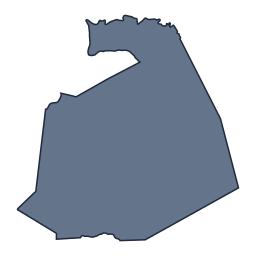 outline of San Francisco de Yojoa, Cortés, Honduras
{"feature_id": "27666195B57789341600381", "entity_name": "San Francisco de Yojoa", "entity_type": "district", "adm_level": 2, "iso_a3": "HND", "parent_name": "Honduras", "parent_adm1": "Cortés", "projection": "natural_earth1", "projection_center": [-87.991, 15.032], "detail": "fine", "context": "isolated", "style": "filled", "palette": "slate", "viewbox_px": 256, "rotation_deg": 0, "n_neighbors": 0, "source": "geoboundaries", "source_scale": "gbopen_adm2", "svg_char_len": 5200}
<svg xmlns="http://www.w3.org/2000/svg" viewBox="0 0 256 256"><path d="M60.9,93.2L61.0,93.5L61.1,94.0L61.1,94.5L61.1,94.9L61.1,95.3L61.0,95.7L60.8,96.6L60.6,97.1L60.4,97.6L59.5,99.3L58.6,100.9L58.3,101.3L58.0,101.7L57.7,102.0L57.3,102.2L56.8,102.4L56.4,102.5L54.9,102.7L52.4,103.0L51.8,103.1L51.3,103.3L51.0,103.4L50.6,103.6L50.2,103.9L49.9,104.1L49.6,104.4L49.4,104.8L48.8,105.8L47.9,107.6L47.5,108.3L47.3,108.6L46.9,109.0L46.6,109.1L46.1,109.2L45.6,109.2L35.8,191.5L33.4,193.6L17.7,208.7L17.5,209.7L56.4,233.3L56.4,239.2L80.5,237.7L81.3,236.2L81.8,235.9L82.6,235.7L83.4,235.8L84.1,236.0L85.0,236.3L86.7,236.2L88.6,236.4L91.2,237.0L92.3,237.1L93.5,237.0L94.6,236.6L95.5,236.3L96.5,236.1L97.2,235.8L98.2,235.1L99.1,234.7L99.8,234.3L100.5,234.2L101.5,234.2L102.1,233.9L102.7,233.3L104.1,233.0L104.6,233.0L105.2,233.0L106.1,233.2L107.7,234.2L109.8,234.1L110.7,234.1L112.0,234.2L113.2,234.6L113.8,235.1L114.1,235.9L114.5,236.5L114.8,237.2L115.4,237.9L116.2,238.4L118.2,238.9L119.3,239.5L119.8,240.1L120.0,240.6L145.2,239.8L227.3,194.1L238.5,187.9L220.5,118.8L180.3,39.6L180.2,39.5L180.1,39.4L180.2,39.0L180.4,37.8L180.5,37.3L180.4,37.2L179.4,35.8L179.2,34.7L179.0,34.2L178.8,33.8L178.5,33.7L178.3,33.6L177.8,33.5L177.5,33.3L177.3,33.2L177.1,33.0L177.1,32.8L177.1,32.3L177.2,32.1L177.3,31.8L177.4,31.6L177.3,31.3L176.9,30.5L176.0,28.9L174.9,27.2L174.0,25.8L173.8,25.5L173.6,25.3L173.4,25.2L173.2,25.3L172.9,25.4L171.2,26.6L170.7,26.9L170.5,27.0L170.3,27.0L170.1,26.9L169.9,26.8L169.8,26.6L169.7,26.3L169.7,26.0L169.8,25.6L170.3,24.1L170.4,23.9L170.3,23.6L170.2,23.3L170.1,23.2L169.9,23.0L169.7,23.0L169.6,22.9L169.4,23.0L169.1,23.4L168.9,23.7L168.9,24.0L168.8,24.3L168.8,24.5L168.6,24.7L168.5,24.8L168.4,24.8L168.2,24.8L168.1,24.7L167.9,24.6L167.7,24.4L167.6,24.0L167.4,23.8L167.2,23.7L166.9,23.6L166.7,23.6L166.5,23.8L166.5,24.0L166.5,24.3L166.5,24.5L166.4,24.9L166.3,25.3L166.2,25.5L165.7,25.9L165.4,25.9L163.8,25.9L163.1,25.9L162.9,25.9L162.5,25.8L162.3,25.6L162.1,25.4L161.7,24.8L161.3,24.3L161.1,24.2L160.5,24.1L159.3,23.9L158.7,23.8L158.5,23.7L158.4,23.6L158.2,23.4L158.0,23.0L158.0,22.8L158.1,22.6L158.2,22.3L158.5,22.0L158.8,21.8L159.4,21.3L159.6,21.1L159.9,20.8L160.0,20.7L160.1,20.2L160.1,19.9L160.0,19.7L159.9,19.5L159.8,19.4L159.6,19.3L159.3,19.2L159.0,19.2L158.8,19.3L158.3,19.4L157.9,19.7L157.6,19.8L157.3,19.9L156.9,20.0L156.7,20.0L156.5,19.9L156.0,19.6L155.4,19.3L154.8,19.1L154.6,19.0L154.2,19.0L153.7,19.1L152.5,19.3L151.4,19.3L149.3,19.5L148.7,19.4L148.2,19.4L147.7,19.2L147.4,19.0L146.7,18.6L146.1,18.3L145.7,18.1L145.4,18.1L145.1,18.2L144.7,18.5L144.3,18.8L143.7,19.5L141.9,21.3L141.1,21.8L139.9,22.7L139.2,23.3L138.7,23.8L138.4,24.0L138.2,24.1L137.8,24.2L137.7,24.1L137.5,23.3L137.2,21.9L136.9,19.3L136.9,19.0L136.8,18.8L136.7,18.7L136.3,18.5L136.1,18.4L135.9,18.4L135.4,18.4L135.1,18.4L134.6,18.3L134.0,18.1L133.7,18.0L133.3,17.8L133.1,17.6L132.7,17.3L132.4,17.1L131.7,16.8L131.1,16.6L130.7,16.5L129.4,16.3L128.3,16.0L126.5,15.6L125.3,15.4L125.1,15.4L124.9,15.4L124.6,15.5L124.2,15.7L124.0,15.8L123.8,16.0L123.6,16.4L123.4,16.8L123.2,17.1L123.0,17.6L123.0,18.0L123.1,18.4L123.1,18.7L123.5,19.6L123.5,19.8L123.5,20.0L123.4,20.3L123.1,20.4L122.9,20.5L122.7,20.6L122.2,20.6L121.7,20.6L120.4,20.4L119.3,20.3L118.7,20.2L117.8,19.9L117.3,19.6L117.1,19.6L116.8,19.6L116.4,19.6L115.6,19.9L114.1,20.4L112.1,21.2L110.8,21.6L109.0,22.7L107.4,23.9L107.2,24.1L106.7,24.3L106.2,24.4L105.8,24.4L105.5,24.4L105.3,24.3L105.2,24.0L105.1,23.6L105.1,23.2L105.2,22.8L105.3,22.1L105.3,21.9L105.3,21.7L105.2,21.2L105.1,20.7L104.9,20.3L104.8,20.1L104.7,20.1L104.2,20.2L103.6,20.5L103.0,20.8L102.7,20.9L102.5,21.0L101.7,21.0L101.4,21.1L101.0,21.0L100.8,20.9L100.7,20.6L100.4,20.4L100.2,20.4L99.9,20.4L99.6,20.6L99.2,21.1L98.8,21.8L98.2,23.1L97.8,23.5L97.6,23.8L97.3,24.1L96.9,24.3L96.5,24.4L95.9,24.5L95.0,24.4L94.5,24.3L93.6,24.0L92.7,23.6L91.7,23.1L90.6,22.3L90.0,21.8L89.4,21.2L88.8,20.8L88.3,20.4L87.7,20.0L87.4,19.9L87.0,19.8L86.7,19.8L86.3,19.9L86.2,20.0L86.1,20.4L86.1,20.7L86.3,21.2L86.4,21.6L86.8,22.2L87.5,23.4L87.9,24.1L88.4,25.0L88.5,25.4L88.7,25.8L88.8,26.6L89.1,29.2L89.2,30.2L89.4,31.7L89.5,32.1L89.5,32.7L89.5,34.4L89.5,36.9L89.6,37.4L89.8,39.1L89.9,41.3L90.0,42.5L90.0,43.6L89.9,44.5L89.8,45.0L89.6,45.6L89.4,46.3L88.8,47.7L88.6,48.5L88.4,49.3L88.2,49.9L88.1,50.6L88.1,51.2L88.0,51.7L88.0,52.2L88.1,52.7L88.1,53.0L88.3,53.5L88.4,54.1L88.6,54.6L88.8,54.8L88.9,55.0L89.2,55.1L90.0,55.3L91.2,55.5L91.8,55.5L92.4,55.4L93.2,55.3L94.1,55.1L94.8,54.9L95.0,54.8L95.2,54.6L97.8,52.4L98.1,52.2L98.9,51.7L99.5,51.4L100.1,51.2L100.5,51.1L100.9,51.1L101.9,51.2L102.4,51.3L102.8,51.5L103.1,51.5L103.4,51.5L103.6,51.3L103.9,51.2L104.4,51.1L105.9,50.8L106.3,50.7L107.0,50.8L107.5,50.8L110.1,50.7L112.4,50.8L114.6,51.1L115.2,51.0L115.8,50.9L116.6,50.6L117.4,50.3L117.8,50.2L118.3,50.1L118.6,50.1L119.3,50.1L120.8,50.3L122.1,50.4L122.7,50.4L123.4,50.3L124.2,50.2L125.1,50.2L125.9,50.3L126.6,50.4L127.4,50.6L128.1,50.9L129.6,51.5L132.7,54.4L133.5,55.1L133.8,55.4L134.4,56.1L135.0,57.3L135.5,57.9L135.9,58.4L136.2,58.6L137.0,59.3L137.9,60.0L137.9,60.3L138.0,60.5L138.3,60.9L138.7,61.1L139.7,61.7L139.9,61.9L140.0,62.1L107.6,79.0L76.2,96.8L60.9,93.2Z" fill="#64748b" stroke="#1e293b" stroke-width="1.5"/></svg>